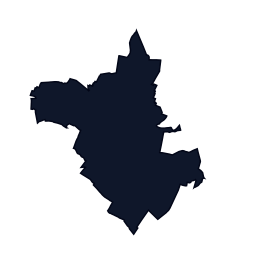 outline of Bradu, Arges, Romania, rotated 321°
{"feature_id": "2599482B70159888613822", "entity_name": "Bradu", "entity_type": "district", "adm_level": 2, "iso_a3": "ROU", "parent_name": "Romania", "parent_adm1": "Arges", "projection": "natural_earth1", "projection_center": [24.915, 44.792], "detail": "fine", "context": "isolated", "style": "filled", "palette": "ink", "viewbox_px": 256, "rotation_deg": 321, "n_neighbors": 0, "source": "geoboundaries", "source_scale": "gbopen_adm2", "svg_char_len": 5647}
<svg xmlns="http://www.w3.org/2000/svg" viewBox="0 0 256 256"><g transform="rotate(321 128 128)"><path d="M155.7,214.9L155.7,214.0L157.9,209.6L157.8,207.1L157.6,206.2L157.3,205.2L157.0,204.0L157.0,203.9L159.5,202.2L161.1,201.0L162.5,200.1L163.3,199.4L163.5,199.0L163.7,198.7L167.0,191.3L168.7,187.7L167.2,187.3L166.5,187.0L166.4,187.0L166.0,186.9L165.3,186.7L165.1,186.6L163.3,186.2L161.3,185.8L160.2,185.4L159.5,184.8L159.0,183.9L158.1,182.8L157.5,181.9L157.4,181.6L157.1,181.0L156.4,180.2L156.0,179.9L155.5,179.6L152.8,178.4L145.6,176.9L144.7,175.8L143.8,174.5L139.7,169.6L138.7,168.5L138.5,168.4L138.0,167.9L137.2,167.0L142.9,162.3L148.6,157.5L150.2,156.1L152.0,154.6L153.1,153.6L154.6,154.4L155.4,155.1L155.8,155.3L156.3,155.7L156.8,156.4L157.2,157.0L157.7,157.6L158.8,157.9L159.6,158.2L160.3,158.6L161.0,159.2L161.3,159.5L161.6,159.7L161.8,159.9L161.9,160.2L162.2,160.4L162.6,160.6L164.5,161.0L164.9,161.2L165.4,161.4L165.8,161.8L166.6,162.2L167.2,162.7L167.5,162.8L167.8,162.3L168.3,161.2L168.7,160.1L169.2,159.2L169.6,158.3L167.9,158.6L167.3,158.8L166.0,159.0L163.8,159.1L163.0,158.9L161.3,158.0L161.5,156.2L161.7,155.5L161.8,155.1L161.7,154.6L161.5,154.4L159.8,153.4L159.1,152.9L157.6,151.9L156.9,151.5L156.3,151.1L156.0,150.9L154.1,149.3L153.6,148.8L152.9,148.0L152.4,147.2L151.4,145.3L151.3,144.9L151.4,144.5L151.7,144.1L152.1,143.8L152.7,143.8L152.9,143.8L153.7,143.9L154.0,144.0L154.6,144.4L154.9,144.5L155.2,144.5L156.0,144.1L156.3,144.0L156.5,144.0L158.3,144.1L158.8,144.1L160.7,144.3L162.0,144.2L163.1,144.0L164.3,143.7L165.3,143.3L165.7,143.0L164.3,140.6L162.9,138.1L164.3,137.4L166.0,132.0L163.6,127.6L165.2,126.8L164.6,125.7L165.5,125.6L165.3,124.9L164.8,124.3L167.7,122.5L167.1,121.4L167.1,121.2L166.6,120.4L166.9,120.2L169.7,118.9L169.6,118.6L170.7,118.1L170.4,117.5L172.1,116.7L171.8,116.1L172.3,115.9L172.0,115.4L175.7,113.7L176.1,113.5L177.2,113.0L176.5,111.6L176.1,110.9L175.7,110.2L174.6,110.8L174.1,109.7L173.7,108.9L174.7,108.8L175.2,108.7L176.1,108.4L179.2,107.2L179.5,107.0L181.6,106.2L187.7,103.9L188.2,103.7L188.5,103.5L188.5,103.4L188.3,103.4L195.9,96.1L196.1,95.8L192.9,92.9L186.8,87.9L187.5,88.1L187.9,87.6L187.8,87.4L188.0,87.2L188.8,86.5L189.1,86.0L189.3,85.5L189.3,84.8L189.3,84.3L189.2,84.1L189.1,83.6L188.7,83.4L188.3,83.0L190.8,75.0L195.8,57.7L195.0,58.3L192.5,58.6L191.2,59.1L189.0,59.4L187.1,60.2L184.9,61.5L182.8,62.9L179.0,69.0L177.0,71.0L175.7,71.6L172.3,72.6L171.6,72.5L166.6,66.3L166.4,66.2L165.4,67.1L153.6,77.8L149.3,75.6L148.0,73.4L140.5,69.1L138.5,70.0L138.3,69.7L132.4,72.4L131.7,71.1L129.9,71.8L129.5,71.3L127.5,72.2L127.8,72.7L126.8,73.2L125.7,71.2L125.4,70.6L125.1,70.8L124.7,70.7L124.3,71.0L123.6,69.8L122.4,71.5L121.6,72.6L121.4,73.0L121.6,74.3L120.9,74.4L120.0,69.8L119.1,65.3L118.4,62.0L118.3,61.8L118.0,60.2L117.6,58.5L116.2,56.4L115.4,55.3L114.1,53.5L114.0,53.3L112.9,53.8L110.9,54.4L110.3,54.6L108.7,54.7L108.4,54.6L107.9,54.2L107.3,53.6L106.9,53.2L106.5,53.1L105.9,53.0L105.7,52.9L105.5,52.6L105.3,52.0L105.2,51.5L105.0,50.9L103.6,49.7L103.2,48.6L102.4,48.1L102.4,47.9L100.9,46.5L99.4,45.4L98.2,44.6L96.8,43.6L95.1,42.5L89.1,38.2L87.3,38.8L86.8,39.1L84.2,40.7L83.2,38.7L81.8,39.3L81.2,38.4L78.1,40.2L76.9,38.7L75.7,39.4L75.4,39.5L74.4,40.2L74.2,40.2L72.7,41.2L73.5,42.2L74.4,43.3L74.9,44.0L75.3,44.7L75.7,45.6L75.1,46.9L74.0,46.2L73.5,45.9L71.3,44.4L71.2,44.3L71.1,44.5L70.2,46.0L69.4,46.9L69.0,47.4L68.6,47.8L67.1,49.5L64.6,52.3L65.1,52.9L65.7,53.5L66.1,53.5L66.5,53.4L66.8,53.4L67.0,53.5L67.1,54.0L67.0,54.3L67.3,54.9L67.3,55.1L67.2,55.5L67.5,56.1L66.9,56.5L66.2,57.2L66.0,57.5L60.8,67.2L61.2,67.2L61.3,67.1L61.5,67.1L61.9,67.1L62.1,67.0L62.4,67.0L62.7,67.0L62.9,67.1L63.1,67.1L63.7,67.4L64.6,67.7L65.1,67.9L65.8,68.1L66.5,68.3L67.2,68.5L67.9,68.8L68.2,68.9L68.8,69.2L68.5,70.1L68.2,70.5L68.4,70.8L70.6,72.4L72.0,73.8L73.4,75.4L73.8,76.1L74.0,76.6L74.0,76.8L76.4,79.9L77.8,82.1L78.6,83.3L78.9,84.1L79.0,85.0L79.1,85.7L80.1,88.7L80.2,89.1L80.5,89.3L80.3,88.8L82.1,87.5L82.4,87.4L82.9,87.4L83.9,87.5L85.1,87.6L85.5,88.5L87.2,91.9L87.8,92.4L88.2,92.5L88.5,94.2L88.6,95.1L88.8,96.3L89.2,98.9L89.8,100.0L86.3,102.0L84.5,102.9L82.8,104.1L82.3,104.3L81.5,104.5L81.0,104.8L80.1,105.2L79.0,105.8L77.2,106.9L76.1,107.6L75.1,108.2L74.1,108.8L72.9,109.5L73.3,110.0L73.5,110.4L73.6,110.7L73.6,111.6L73.6,112.3L72.8,115.5L72.9,116.0L72.9,116.3L73.5,117.4L74.0,118.2L74.0,118.7L73.8,120.9L74.1,121.7L74.6,122.6L74.8,123.3L74.7,124.0L74.2,125.8L74.3,126.2L74.6,127.1L66.8,129.1L68.5,130.2L68.4,130.2L69.3,130.8L69.7,131.2L70.1,131.8L66.3,132.5L62.7,133.3L63.4,135.6L65.4,141.3L66.4,144.2L66.4,144.9L66.2,147.5L66.5,149.1L66.8,149.4L66.8,150.1L65.3,150.5L65.7,155.3L65.8,159.8L66.0,161.8L66.0,163.7L66.1,164.4L66.3,165.9L66.6,167.4L68.1,171.7L68.3,172.7L68.3,172.9L68.5,173.3L69.5,175.9L69.0,176.2L65.3,177.6L64.9,177.8L63.9,178.3L62.0,179.0L60.1,179.6L60.1,179.9L60.1,180.3L59.9,180.9L59.9,181.2L60.0,182.0L60.2,182.7L60.6,183.1L60.9,183.4L61.0,184.0L64.5,191.3L64.7,192.4L67.3,197.1L66.4,197.9L66.0,203.8L66.4,205.6L65.7,207.4L65.6,214.1L72.6,211.9L72.3,210.6L81.0,207.9L92.2,204.7L93.7,217.7L104.5,217.8L105.5,217.6L107.6,217.5L110.2,216.6L127.8,208.0L128.0,207.9L133.1,204.6L133.3,204.8L134.1,206.3L134.9,207.4L135.0,207.5L135.7,208.4L136.5,209.3L137.2,209.7L137.9,209.1L138.5,208.6L139.8,207.5L140.6,208.1L140.9,209.0L141.6,209.4L141.8,209.5L142.5,209.7L143.8,209.0L145.6,209.9L146.0,210.1L147.2,210.4L147.9,210.5L147.8,211.7L141.9,215.8L142.0,215.8L142.9,216.2L146.0,216.8L147.2,216.7L148.9,216.3L149.3,216.2L150.3,216.3L151.3,216.4L152.7,215.3L153.1,215.0L153.7,214.2L154.0,214.4L154.8,214.5L155.3,214.6L155.5,214.6L155.7,214.9Z" fill="#0f172a" stroke="#020617" stroke-width="1.5"/></g></svg>